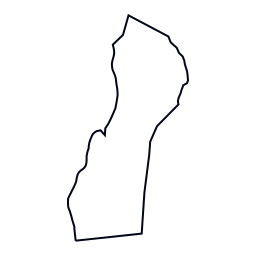 the district of Aurendel Hill, Castries, Saint Lucia
{"feature_id": "8701671B68700558971197", "entity_name": "Aurendel Hill", "entity_type": "district", "adm_level": 2, "iso_a3": "LCA", "parent_name": "Saint Lucia", "parent_adm1": "Castries", "projection": "robinson", "projection_center": [-60.987, 14.001], "detail": "fine", "context": "isolated", "style": "outline", "palette": "ink", "viewbox_px": 256, "rotation_deg": 0, "n_neighbors": 0, "source": "geoboundaries", "source_scale": "gbopen_adm2", "svg_char_len": 1324}
<svg xmlns="http://www.w3.org/2000/svg" viewBox="0 0 256 256"><path d="M141.7,233.6L144.4,192.6L149.2,154.9L150.2,141.7L157.0,126.2L178.4,104.5L177.9,100.9L178.7,97.7L180.7,93.0L181.5,90.0L183.3,85.3L187.0,83.2L188.0,80.5L187.5,74.3L187.0,71.1L184.9,64.3L184.1,59.8L183.7,59.3L182.8,56.6L179.0,52.9L176.7,47.7L170.7,42.4L168.4,36.5L128.5,15.4L124.5,29.6L123.0,34.9L112.8,44.7L113.3,46.5L113.9,49.5L114.2,52.6L113.8,55.5L113.2,58.0L112.4,60.6L111.9,63.7L112.0,65.8L112.0,66.2L112.2,67.4L112.2,68.3L112.9,70.5L113.7,72.4L114.9,75.3L115.7,77.9L116.1,81.1L116.5,84.4L117.2,88.5L117.5,91.4L117.6,95.2L117.0,99.4L116.2,104.1L115.6,107.3L115.3,108.6L113.7,112.2L113.3,113.2L111.7,116.8L110.7,119.0L109.1,122.2L108.2,124.0L105.3,128.3L104.9,135.2L100.5,130.3L98.5,130.8L97.1,131.0L95.4,131.8L93.0,133.9L91.9,135.9L90.0,140.5L89.3,142.9L88.8,145.6L88.7,147.3L88.5,148.8L87.7,151.1L87.2,153.1L86.6,156.0L86.6,158.7L86.6,160.9L86.3,163.4L85.9,164.9L85.4,166.1L84.5,167.5L83.1,168.9L81.6,169.9L79.9,171.3L79.0,172.2L78.3,173.3L77.7,174.5L76.8,177.7L76.3,180.7L75.9,182.3L74.4,185.8L73.2,188.3L71.9,190.8L70.8,193.1L69.7,195.2L68.5,197.6L68.1,198.9L68.0,201.2L68.0,203.7L68.2,206.5L68.6,208.2L69.8,211.2L71.3,216.1L72.0,219.0L74.5,227.3L74.3,228.2L75.6,240.1L76.3,240.6L141.7,233.6Z" fill="none" stroke="#020617" stroke-width="2"/></svg>